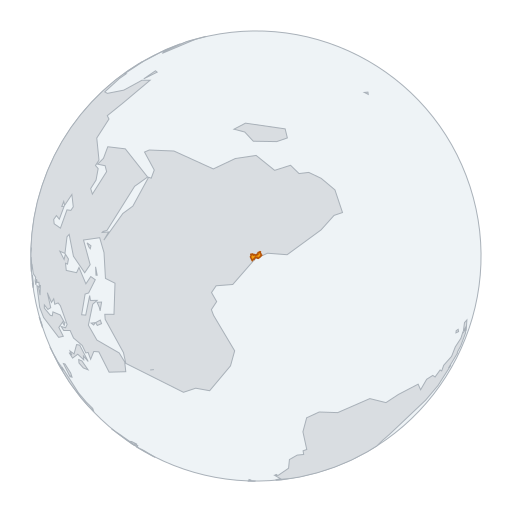 globe centered on Bengo, rotated 252°
{"feature_id": "AGO-1877", "entity_name": "Bengo", "entity_type": "Province", "adm_level": 1, "iso_a3": "AGO", "parent_name": "Angola", "parent_adm1": "", "projection": "orthographic", "projection_center": [13.878, -9.029], "detail": "fine", "context": "on_globe", "style": "filled", "palette": "amber", "viewbox_px": 512, "rotation_deg": 252, "n_neighbors": 0, "source": "natural_earth", "source_scale": "10m", "svg_char_len": 7234}
<svg xmlns="http://www.w3.org/2000/svg" viewBox="0 0 512 512"><g transform="rotate(252 256 256)"><circle cx="256" cy="256" r="225" fill="#eef3f6" stroke="#a8b0b8"/><path d="M136.3,65.2L135.0,66.0L129.7,70.3L126.5,72.8L117.6,78.7L114.6,80.6L136.3,65.2ZM110.8,83.7L111.6,83.1L103.4,90.4L102.8,91.1L104.2,90.1L108.0,86.8L105.6,89.3L95.6,97.9L97.6,95.8L100.8,92.8L99.2,94.3L110.8,83.7ZM35.2,211.1L36.6,205.5L34.2,218.2L37.1,205.4L36.6,210.5L41.5,206.1L40.5,209.3L44.1,221.4L52.1,224.9L53.9,233.7L52.5,240.0L56.2,240.6L56.3,244.5L74.3,246.3L86.5,254.2L88.1,267.9L81.8,285.3L85.2,320.2L76.4,334.3L80.3,348.6L84.0,370.6L77.9,371.2L86.0,380.2L87.8,387.2L85.6,388.9L90.7,395.9L89.3,397.1L94.1,400.8L100.1,411.0L108.0,417.5L114.5,425.5L119.7,429.2L119.1,429.5L120.7,431.5L123.6,433.8L118.1,431.5L107.2,422.9L102.3,417.7L101.4,417.6L89.9,404.4L91.9,407.6L76.6,389.1L66.5,372.8L45.1,327.8L41.7,319.7L38.0,312.2L35.4,301.5L32.4,283.6L30.9,265.4L30.9,247.2L32.3,229.1L35.2,211.1ZM130.0,436.8L120.0,432.8L124.3,434.4L120.4,430.0L128.2,433.7L130.0,436.8ZM121.5,425.3L121.1,422.4L123.1,423.3L123.8,425.6L121.5,425.3ZM476.1,208.0L474.7,202.1L477.6,217.4L480.2,234.0L480.3,235.0L481.2,249.6L480.8,243.8L479.4,228.6L478.2,222.4L475.9,208.8L470.0,187.3L469.4,188.8L467.0,180.9L458.8,162.9L456.6,164.9L454.6,181.5L458.4,201.8L455.9,209.6L442.9,177.5L435.4,157.9L431.7,158.5L417.4,141.0L395.7,136.3L391.7,131.3L387.9,132.9L377.6,127.3L371.2,119.6L365.4,119.5L382.4,140.0L388.5,140.4L392.3,133.7L396.0,141.1L405.7,148.8L398.3,164.8L364.6,177.3L359.8,162.1L326.4,122.2L326.6,118.2L326.4,117.7L325.9,116.9L324.4,123.3L318.1,116.2L337.6,142.5L341.5,154.3L364.1,178.2L362.4,180.4L369.2,185.8L389.3,182.1L389.8,187.2L381.2,210.4L352.0,242.3L355.1,266.5L351.6,287.2L331.7,300.2L331.6,316.9L321.1,322.4L319.2,332.0L309.7,342.0L294.5,351.5L270.6,351.7L270.5,342.8L260.7,325.9L247.6,286.0L255.1,267.8L253.5,254.2L236.1,225.1L240.0,208.9L235.0,202.4L224.8,204.5L218.8,197.0L212.6,197.3L172.4,206.4L159.4,197.8L142.2,170.3L148.9,157.8L148.8,144.9L194.1,99.0L205.1,100.1L242.4,93.0L247.3,94.2L244.4,102.9L273.7,113.5L281.2,105.9L306.2,112.5L321.7,113.0L324.5,96.9L299.0,95.6L293.0,87.9L312.2,82.3L334.3,85.0L332.7,82.2L317.5,75.1L321.2,70.9L312.0,72.4L316.7,75.3L311.1,76.7L306.5,74.2L308.0,72.6L300.9,71.1L295.6,80.2L299.8,84.1L282.1,85.6L287.5,92.5L283.1,95.8L272.6,85.4L272.6,81.7L254.0,72.0L252.4,75.8L269.8,85.6L264.9,84.8L262.9,91.2L260.6,85.8L242.0,75.2L225.2,78.7L206.1,95.9L195.9,98.4L186.2,96.4L190.9,80.4L213.4,76.9L215.3,72.2L208.9,66.8L216.2,66.5L216.4,64.2L224.6,63.1L234.4,57.1L242.6,56.2L244.6,50.1L249.1,49.0L246.6,52.7L249.2,55.2L269.2,54.6L272.5,53.3L272.3,49.7L277.8,50.4L275.0,47.1L285.6,46.2L270.3,44.8L269.5,41.6L274.9,39.6L271.9,38.6L263.1,42.1L262.1,43.8L265.6,45.6L260.4,51.6L253.9,52.9L249.0,46.4L239.2,47.9L239.6,43.2L263.2,35.0L273.9,34.4L295.5,38.5L294.0,39.7L285.5,38.5L295.0,42.0L293.5,40.5L298.1,41.4L298.5,39.6L301.8,40.2L296.6,37.7L300.7,38.3L303.9,39.9L308.1,38.7L316.0,40.2L315.4,39.7L312.5,38.8L324.5,41.9L323.5,41.5L319.2,40.2L314.3,38.7L310.5,37.4L314.9,38.6L316.9,39.1L327.6,42.6L332.2,44.6L333.6,45.0L330.7,43.6L317.6,39.3L315.4,38.7L331.0,43.6L346.2,49.6L361.0,56.7L375.2,64.8L388.7,74.0L401.6,84.1L413.7,95.1L424.9,106.9L435.3,119.6L444.7,133.0L453.1,147.0L460.5,161.6L466.8,176.6L472.0,192.1L476.1,208.0ZM180.3,120.1L179.5,123.8L180.3,120.1ZM359.2,97.4L371.4,99.9L363.3,89.6L367.3,90.0L363.1,86.6L362.6,88.9L351.8,80.3L356.1,78.7L353.3,74.9L349.0,74.0L342.9,78.6L358.3,90.5L356.6,94.0L359.2,97.4ZM41.7,205.8L42.0,207.8L41.0,208.5L41.7,205.8ZM45.0,180.1L45.6,180.3L44.3,182.2L45.0,180.1ZM44.4,178.6L44.5,180.4L42.0,186.0L42.1,185.4L42.7,183.4L43.0,182.6L44.0,179.9L44.4,178.6ZM104.0,89.8L104.7,89.2L105.4,88.8L103.6,90.4L104.0,89.8ZM118.0,80.4L113.7,84.7L115.4,82.4L112.0,85.0L111.3,84.1L124.8,74.0L118.8,78.5L118.0,80.4ZM114.2,81.0L113.1,82.1L113.8,81.3L114.2,81.0ZM208.9,54.6L212.3,55.4L210.0,58.0L199.7,61.1L202.9,57.2L208.9,54.6ZM217.7,56.1L215.6,50.0L221.9,48.4L218.7,50.2L223.1,49.8L219.1,52.7L227.2,58.0L225.7,60.8L207.5,63.8L214.2,61.0L210.5,60.1L217.7,56.1ZM199.3,42.9L198.5,41.9L213.2,39.6L212.3,41.0L201.9,43.6L197.0,43.6L199.3,42.9ZM233.3,31.9L231.7,32.0L228.9,32.5L225.7,32.9L226.0,33.0L223.3,33.5L222.6,33.8L216.7,34.8L215.3,35.4L213.3,35.6L212.5,36.5L210.4,36.4L206.8,37.5L210.7,37.1L180.6,44.9L169.6,49.4L161.5,53.6L159.0,53.6L164.9,50.2L175.0,45.8L194.0,39.4L213.5,34.8L233.3,31.9ZM252.0,90.8L255.6,91.1L261.1,90.6L259.9,94.9L252.0,90.8ZM239.0,83.6L242.2,82.9L243.2,88.1L239.4,88.2L239.0,83.6ZM243.1,78.5L242.3,82.5L240.5,80.3L243.1,78.5ZM249.4,52.2L252.7,51.6L253.4,52.4L251.9,53.8L249.4,52.2ZM258.9,31.3L255.9,31.2L256.7,31.1L253.6,30.8L258.1,30.8L261.8,30.9L258.9,31.3ZM320.7,99.4L316.7,102.2L314.1,100.6L316.0,99.9L320.7,99.4ZM287.2,97.9L295.3,100.1L286.8,99.0L287.2,97.9ZM263.3,31.2L261.5,31.0L264.9,31.2L263.3,31.2ZM261.3,30.8L265.1,30.9L258.3,30.7L261.3,30.8ZM378.1,409.6L377.3,413.1L375.0,412.7L378.1,409.6ZM385.6,287.0L367.9,323.0L358.6,322.3L358.4,311.0L366.0,288.9L377.4,283.6L383.4,274.2L385.6,287.0ZM480.4,276.2L480.8,265.3L477.7,229.5L478.9,231.7L481.3,255.6L481.3,258.5L481.2,261.1L480.4,276.2ZM459.2,204.0L463.2,217.6L461.4,218.8L459.2,204.0ZM299.3,34.9L298.8,35.0L301.2,35.9L307.3,37.5L298.4,35.7L294.6,34.2L298.1,34.7L299.3,34.9Z" fill="#d9dde1" stroke="#a8b0b8" stroke-width="1"/><path d="M254.0,254.2L254.0,253.9L253.9,253.8L254.0,253.8L254.1,253.7L254.1,253.4L254.0,253.2L253.7,252.7L253.6,252.4L253.4,252.2L253.3,251.9L253.1,251.4L252.9,251.1L253.0,251.1L253.3,251.1L253.5,250.9L253.6,251.0L253.7,250.9L253.8,250.8L254.1,250.8L254.3,250.9L254.5,250.9L255.0,250.8L255.0,250.7L255.4,250.7L255.5,250.6L255.8,250.5L256.0,250.5L256.8,250.5L257.0,250.5L257.4,251.0L257.6,251.2L257.7,251.3L257.8,251.4L258.1,251.5L258.3,251.6L259.0,251.5L259.3,251.7L259.2,252.3L259.0,252.7L259.0,252.8L258.9,253.0L259.0,253.2L259.0,253.5L258.9,253.6L258.6,253.5L258.4,253.5L258.2,253.5L257.9,253.5L257.6,253.6L257.5,253.8L257.5,254.0L257.8,254.3L257.9,254.7L257.9,254.8L257.9,255.0L257.7,255.2L257.6,255.3L257.4,255.3L256.9,255.5L257.0,255.8L257.0,256.0L256.9,256.2L256.8,256.3L257.1,256.5L257.2,256.8L257.3,256.9L257.2,257.0L257.1,257.3L257.0,257.6L256.8,258.0L256.8,257.9L257.0,258.0L257.0,258.3L257.3,258.4L257.5,258.4L257.6,258.5L257.8,258.6L258.0,258.6L258.3,258.8L258.5,258.9L258.6,259.0L258.6,258.9L258.7,259.2L258.7,259.5L258.6,259.8L258.6,260.0L258.7,260.4L258.6,260.5L258.7,260.8L258.8,260.9L258.9,261.1L258.8,261.3L258.7,261.4L258.6,261.5L258.3,261.4L258.2,261.3L258.1,261.2L257.7,261.0L257.6,260.9L257.4,260.9L257.2,260.9L257.1,261.0L256.8,261.2L256.6,261.3L256.4,261.4L256.2,261.3L255.9,261.3L255.7,261.2L255.4,261.2L255.3,261.3L255.3,261.2L255.2,261.0L255.1,260.9L254.9,260.8L254.8,260.7L254.7,260.7L254.5,260.8L254.4,260.6L254.3,260.3L254.2,260.2L253.8,259.7L253.9,259.4L253.8,259.2L253.7,259.0L253.4,258.7L253.4,258.4L253.5,258.4L253.4,258.2L253.3,257.7L253.2,257.6L253.3,257.5L253.2,257.4L253.2,257.2L253.3,257.1L253.5,256.8L253.5,256.7L253.8,256.5L254.0,256.5L254.3,256.5L254.5,256.5L254.5,255.8L254.7,255.6L254.8,255.4L255.0,255.3L255.1,255.2L255.0,254.9L255.0,254.7L254.9,254.6L254.7,254.5L254.4,254.4L254.0,254.2L254.0,254.2Z" fill="#f59e0b" stroke="#b45309" stroke-width="1.5"/></g></svg>